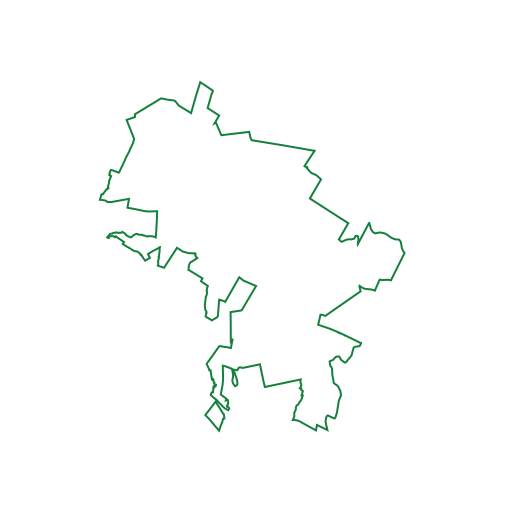 Crucea, Constanta, Romania (Mercator projection), rotated 327°
{"feature_id": "2599482B22418469262787", "entity_name": "Crucea", "entity_type": "district", "adm_level": 2, "iso_a3": "ROU", "parent_name": "Romania", "parent_adm1": "Constanta", "projection": "mercator", "projection_center": [28.187, 44.537], "detail": "fine", "context": "isolated", "style": "outline", "palette": "green", "viewbox_px": 512, "rotation_deg": 327, "n_neighbors": 0, "source": "geoboundaries", "source_scale": "gbopen_adm2", "svg_char_len": 6097}
<svg xmlns="http://www.w3.org/2000/svg" viewBox="0 0 512 512"><g transform="rotate(327 256 256)"><path d="M129.9,382.4L134.1,379.0L137.1,377.0L139.8,374.6L140.9,375.1L142.7,371.6L142.8,370.5L142.5,370.1L142.7,366.8L142.8,356.3L144.5,355.8L146.4,365.1L146.8,366.6L148.5,369.9L148.6,370.1L150.3,369.6L150.6,368.1L150.3,367.4L149.9,367.0L149.6,366.5L149.8,366.1L150.3,365.7L151.2,365.6L151.9,364.5L152.7,364.2L153.9,361.5L153.6,360.7L152.1,360.9L151.9,360.8L152.9,360.1L153.3,359.2L151.0,353.0L158.0,345.6L161.3,341.4L168.4,329.9L170.1,331.7L173.4,336.1L173.4,336.3L174.4,337.5L172.9,341.4L171.9,343.5L170.4,345.5L169.1,346.6L168.0,348.2L167.4,350.0L167.4,352.3L167.5,353.6L167.8,353.9L169.7,353.9L170.8,353.1L172.1,350.8L172.7,349.3L172.8,348.2L173.5,346.7L173.6,345.6L173.9,344.1L174.6,342.0L174.0,341.0L175.1,338.9L177.3,341.2L178.5,341.5L179.1,341.4L180.0,340.5L180.7,340.4L182.1,340.7L182.7,341.3L183.0,341.9L184.3,342.8L200.3,349.0L193.8,365.8L192.1,370.7L226.3,383.9L224.8,385.6L224.3,386.5L224.2,387.8L223.2,389.6L220.7,390.9L221.8,392.0L221.0,393.0L221.7,394.9L218.3,397.7L219.2,398.5L215.5,401.4L212.7,402.4L210.6,403.5L208.8,403.5L207.9,404.0L206.8,404.9L206.1,406.0L205.3,406.8L203.2,408.0L202.4,408.7L200.8,411.4L197.6,413.6L199.2,414.6L201.2,416.7L201.8,417.1L211.3,434.9L215.1,430.9L221.1,440.8L221.5,439.5L222.0,438.6L222.4,437.0L224.2,432.7L224.8,431.9L227.2,429.4L228.8,428.7L229.4,428.9L229.8,429.4L230.5,430.7L233.0,434.7L233.7,435.1L234.7,434.6L237.6,432.3L240.8,429.0L246.2,423.0L246.9,422.3L251.1,419.4L251.5,418.9L253.1,415.5L253.3,414.7L253.8,410.1L253.8,409.8L253.1,407.5L252.6,406.7L252.4,406.1L252.1,404.9L252.2,404.3L252.6,403.9L254.6,398.9L254.9,398.1L256.3,395.4L256.8,394.7L258.2,392.3L258.5,392.0L258.7,387.8L260.4,384.5L261.3,384.6L263.7,385.1L268.3,384.1L270.3,385.1L270.9,385.5L271.1,385.9L271.1,386.7L270.8,389.3L272.3,393.6L272.8,394.0L273.8,394.0L281.7,391.5L282.1,391.3L287.9,386.1L288.9,385.9L289.5,386.0L293.5,387.9L294.0,388.0L294.4,387.8L296.5,386.4L296.7,386.1L296.2,385.6L288.1,372.1L287.7,371.6L287.8,371.6L286.8,369.9L284.9,367.0L284.7,367.0L284.0,366.0L284.3,366.0L278.6,357.6L270.7,347.5L278.1,340.4L278.5,340.5L279.4,341.3L281.6,344.0L297.9,343.4L299.1,343.4L324.5,342.6L326.2,337.7L326.6,337.4L327.5,339.8L328.6,341.7L329.3,342.6L330.5,343.7L334.9,347.3L336.2,348.7L336.8,349.8L346.8,343.2L348.4,344.7L353.7,347.8L356.0,349.9L356.2,349.7L382.2,334.4L382.1,332.2L382.6,329.0L384.5,324.4L385.1,322.8L385.0,320.3L381.6,317.6L380.5,316.0L379.4,314.3L377.6,309.6L376.3,307.2L372.9,303.8L368.2,301.9L367.1,299.5L367.1,296.3L367.2,295.6L369.0,290.0L368.7,289.9L347.9,301.5L348.1,301.1L350.6,298.4L352.2,295.1L352.0,294.5L351.6,294.0L350.8,293.8L350.4,293.5L350.1,293.5L348.6,294.6L347.5,294.9L344.6,293.8L343.4,292.7L341.5,291.9L339.8,291.4L336.0,290.9L335.5,290.6L335.1,289.8L334.9,287.9L334.5,287.3L351.3,278.7L347.5,270.5L332.5,237.1L352.2,227.2L351.9,225.7L350.6,221.1L349.8,219.8L347.9,216.9L347.5,216.1L346.5,209.9L347.3,209.6L347.2,209.1L346.7,209.1L345.6,207.1L350.3,204.9L362.4,199.7L338.4,177.4L315.4,156.5L315.9,153.4L317.9,148.2L292.7,135.8L295.0,122.5L294.7,122.3L293.6,122.2L301.6,118.1L299.7,113.8L296.0,105.6L306.7,96.2L309.7,94.2L309.8,93.9L309.8,93.6L303.9,79.9L293.0,88.9L279.4,100.8L273.2,87.9L272.6,82.1L272.3,81.5L270.9,80.0L267.4,77.1L262.8,72.7L262.3,72.1L231.6,71.2L230.2,73.5L221.6,71.4L217.6,91.4L214.6,94.1L213.4,94.9L207.6,98.5L207.0,99.1L200.6,102.6L198.0,104.4L186.6,111.4L186.2,111.3L185.8,110.8L184.8,109.2L183.3,107.4L182.6,106.2L181.1,104.8L178.1,106.8L178.0,107.8L177.0,108.4L178.0,110.1L173.6,113.1L173.2,113.6L173.0,114.3L170.6,116.3L169.4,117.5L169.3,118.6L168.6,118.6L167.7,119.1L166.9,118.6L166.7,118.7L165.4,119.3L162.8,120.1L161.5,120.9L160.1,120.2L159.7,120.2L159.3,120.9L157.6,122.2L155.7,123.8L160.0,127.5L160.9,130.0L164.2,132.0L180.6,138.9L174.5,145.5L180.9,151.6L186.0,156.7L188.4,158.9L191.3,160.9L197.5,164.6L192.9,171.2L184.8,182.3L182.0,185.8L181.4,184.7L179.2,182.5L176.3,180.7L176.0,180.7L175.5,180.4L174.9,179.9L173.6,178.1L172.2,176.9L172.2,176.3L169.5,174.5L168.5,172.9L167.7,172.3L166.6,172.0L164.5,171.9L161.7,172.3L161.2,172.3L159.6,170.0L159.4,169.6L159.0,169.2L158.9,168.8L158.8,168.2L158.4,167.3L158.4,166.9L158.5,166.2L158.2,165.7L158.3,165.6L157.0,162.9L155.6,163.2L154.0,161.9L153.5,162.0L151.5,159.9L150.5,159.8L149.1,158.9L147.7,158.9L145.7,158.0L141.3,159.4L141.7,160.2L142.3,160.7L142.9,159.8L143.4,159.6L143.7,159.6L147.1,161.6L147.9,163.4L149.0,163.1L152.9,172.4L150.8,173.3L152.4,177.1L153.5,179.0L156.6,185.6L158.5,187.2L159.1,188.1L159.9,190.0L160.0,190.7L159.9,192.4L160.4,192.5L160.3,195.8L160.5,199.5L166.0,199.8L166.3,196.5L166.4,195.8L166.6,195.5L172.3,195.7L178.6,196.3L180.1,196.1L180.3,196.2L179.0,197.5L177.7,199.6L174.4,203.3L173.8,203.7L173.8,203.9L174.0,204.3L173.4,204.6L173.1,205.1L172.4,205.7L171.5,206.8L170.8,207.1L170.8,207.3L169.8,209.4L168.4,210.6L172.5,215.8L194.2,206.1L197.0,212.3L201.1,217.0L206.1,220.4L205.9,220.7L206.4,221.0L206.5,221.3L206.3,221.5L205.6,221.9L205.2,224.7L205.7,225.5L205.7,225.8L197.1,225.7L194.6,227.3L191.8,231.0L192.0,231.1L198.9,245.6L196.1,247.2L199.3,255.0L197.7,256.0L196.8,257.0L196.2,257.8L195.6,258.3L195.4,259.6L194.8,260.3L193.2,262.0L191.6,262.9L190.9,264.0L190.1,264.8L185.8,270.1L185.4,270.9L184.5,273.0L184.0,274.0L184.2,275.3L184.0,276.1L183.6,276.6L183.0,276.7L182.9,277.4L181.0,278.9L180.9,279.4L180.9,279.8L183.9,285.7L183.9,285.9L189.8,286.2L190.7,285.9L191.2,285.6L191.8,285.0L196.4,279.0L200.7,273.3L201.0,273.5L201.6,272.7L205.1,277.1L205.2,277.7L230.4,264.7L232.1,269.8L239.7,281.2L214.3,293.8L204.1,289.2L199.4,296.7L188.5,313.7L190.5,312.9L190.8,313.3L184.8,319.5L181.5,316.2L179.1,314.2L176.8,312.0L176.1,311.6L156.1,319.5L155.8,319.9L155.0,325.5L154.6,326.5L155.6,327.0L152.0,335.1L152.3,335.2L152.0,336.0L153.0,336.2L151.6,339.3L152.1,339.6L151.3,341.2L152.3,342.1L151.7,342.9L150.6,342.5L150.1,343.3L149.6,343.5L149.9,342.7L149.3,342.3L145.7,346.9L145.1,346.4L144.3,346.4L142.3,347.9L143.4,351.9L144.6,355.5L126.9,361.8L127.9,367.0L129.9,382.4Z" fill="none" stroke="#15803d" stroke-width="2"/></g></svg>